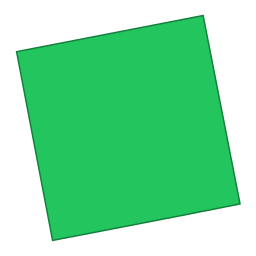 the district of Thayer, Nebraska, United States of America, rotated 349°
{"feature_id": "52423323B135061337198", "entity_name": "Thayer", "entity_type": "district", "adm_level": 2, "iso_a3": "USA", "parent_name": "United States of America", "parent_adm1": "Nebraska", "projection": "orthographic", "projection_center": [-97.601, 40.176], "detail": "fine", "context": "isolated", "style": "filled", "palette": "green", "viewbox_px": 256, "rotation_deg": 349, "n_neighbors": 0, "source": "geoboundaries", "source_scale": "gbopen_adm2", "svg_char_len": 376}
<svg xmlns="http://www.w3.org/2000/svg" viewBox="0 0 256 256"><g transform="rotate(349 128 128)"><path d="M33.2,31.8L32.5,224.0L33.4,224.0L51.2,223.9L53.9,224.1L54.6,224.0L55.2,224.0L161.8,224.1L163.5,224.1L163.9,224.2L183.8,224.0L191.6,224.1L199.8,224.0L203.0,224.0L203.8,224.0L223.5,223.9L223.2,31.9L33.2,31.8Z" fill="#22c55e" stroke="#15803d" stroke-width="1.5"/></g></svg>